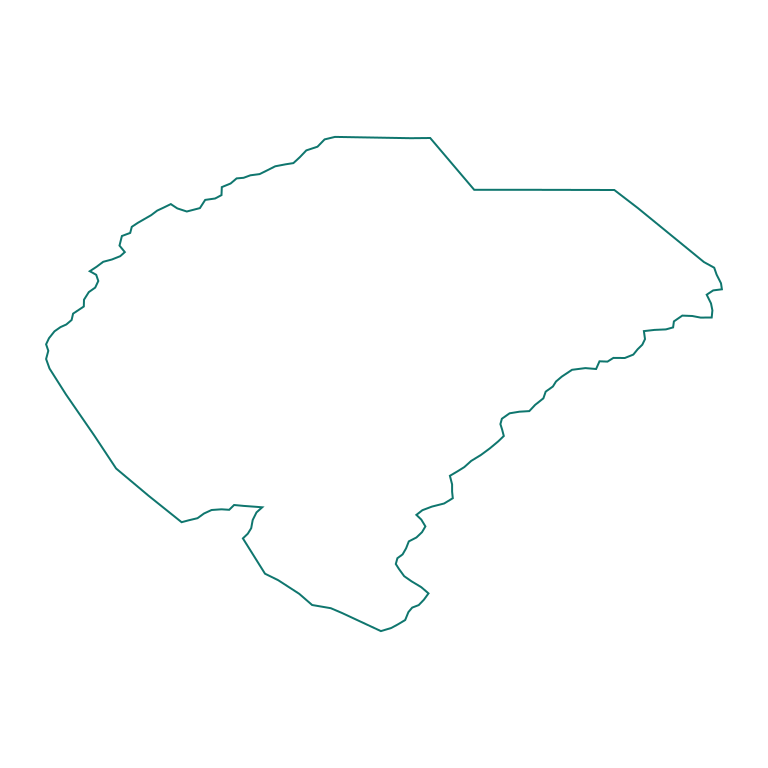 Itabaianinha, Sergipe, Brazil (Equal Earth projection), rotated 270°
{"feature_id": "56859067B9262557988032", "entity_name": "Itabaianinha", "entity_type": "district", "adm_level": 2, "iso_a3": "BRA", "parent_name": "Brazil", "parent_adm1": "Sergipe", "projection": "equal_earth", "projection_center": [-37.794, -11.271], "detail": "fine", "context": "isolated", "style": "outline", "palette": "teal", "viewbox_px": 768, "rotation_deg": 270, "n_neighbors": 0, "source": "geoboundaries", "source_scale": "gbopen_adm2", "svg_char_len": 2126}
<svg xmlns="http://www.w3.org/2000/svg" viewBox="0 0 768 768"><g transform="rotate(270 384 384)"><path d="M617.6,306.3L610.8,299.8L604.9,293.4L603.7,285.7L601.7,275.2L597.8,267.5L593.9,259.6L592.7,250.4L590.2,243.6L589.6,236.6L584.5,230.6L580.9,221.8L572.9,221.5L569.5,215.1L568.1,205.2L559.9,199.9L556.5,186.8L559.6,177.3L563.9,170.8L560.2,163.2L557.4,157.2L552.8,151.1L548.9,144.3L545.2,137.9L541.2,131.8L535.1,130.2L532.0,121.9L522.4,119.5L515.9,124.8L511.8,120.2L508.5,111.9L506.2,103.2L501.1,96.4L496.8,89.8L493.2,96.2L487.0,98.3L480.4,95.2L475.9,88.8L468.3,84.0L461.5,83.8L454.4,73.1L448.0,71.6L443.5,66.3L440.9,60.5L436.7,54.5L429.8,49.0L423.7,46.1L417.2,48.3L409.0,46.1L399.5,49.5L373.5,66.0L332.3,94.4L299.5,116.1L272.4,148.4L245.8,181.6L247.7,188.7L249.8,197.5L254.5,204.0L258.0,211.6L258.7,221.5L258.2,229.2L263.0,234.1L262.1,243.6L261.3,254.6L260.7,262.2L255.6,256.5L248.0,252.7L239.8,251.2L234.3,247.8L229.6,242.9L194.3,265.0L187.8,278.2L174.2,299.2L163.0,312.1L159.8,330.8L155.1,341.8L136.9,380.9L140.0,391.2L143.5,397.7L148.0,405.2L155.9,408.4L160.4,412.2L162.9,418.7L168.3,423.9L174.6,428.5L180.8,421.3L186.7,411.5L191.8,404.2L199.1,398.9L204.0,395.8L209.8,397.4L213.6,402.6L219.7,406.1L226.6,408.8L230.5,416.4L235.8,422.0L241.6,425.4L248.4,421.3L253.1,416.4L257.8,422.4L261.4,431.9L264.5,444.1L269.8,452.8L276.3,452.1L283.6,452.1L292.2,449.9L296.6,457.4L300.9,464.3L307.1,471.2L313.1,481.0L319.6,489.8L326.6,498.2L332.0,503.8L338.5,502.1L343.9,500.4L349.3,501.9L354.7,509.6L356.3,519.4L356.9,529.3L363.1,535.1L369.7,543.4L376.4,545.7L381.5,552.9L386.5,556.0L391.4,561.8L398.2,572.0L399.9,585.4L399.0,596.1L406.7,599.5L406.4,607.5L410.1,613.4L410.0,624.8L413.4,633.3L418.8,637.7L423.3,642.3L428.9,645.0L436.9,643.9L438.1,654.6L438.6,665.9L440.6,673.1L446.6,673.9L452.4,682.3L452.0,692.3L450.4,700.6L450.5,711.7L457.6,712.4L464.6,711.0L473.3,706.7L477.6,713.2L478.7,721.9L484.7,721.0L493.4,716.6L500.3,714.2L505.9,704.0L559.9,637.9L578.0,614.3L578.2,527.6L578.2,495.1L578.2,474.2L630.0,430.2L629.8,411.0L631.1,335.0L628.6,324.6L621.3,317.5L617.6,306.3Z" fill="none" stroke="#0f766e" stroke-width="2"/></g></svg>